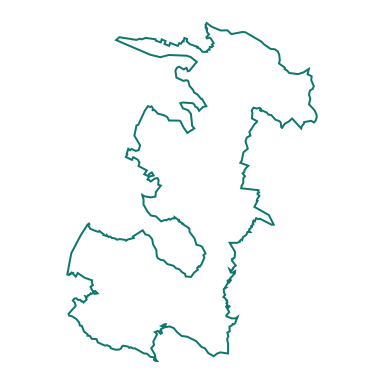 Lafragua, Puebla, Mexico (Robinson projection)
{"feature_id": "50627088B76215411073468", "entity_name": "Lafragua", "entity_type": "district", "adm_level": 2, "iso_a3": "MEX", "parent_name": "Mexico", "parent_adm1": "Puebla", "projection": "robinson", "projection_center": [-97.292, 19.284], "detail": "fine", "context": "isolated", "style": "outline", "palette": "teal", "viewbox_px": 384, "rotation_deg": 0, "n_neighbors": 0, "source": "geoboundaries", "source_scale": "gbopen_adm2", "svg_char_len": 5961}
<svg xmlns="http://www.w3.org/2000/svg" viewBox="0 0 384 384"><path d="M301.2,128.5L301.7,126.5L304.2,123.1L304.1,122.1L311.3,120.8L313.9,122.5L315.6,120.7L316.7,117.3L316.6,115.0L314.7,110.5L309.0,104.3L310.3,98.7L309.0,94.7L309.4,92.5L310.3,90.2L312.7,88.9L313.8,86.1L311.2,80.0L311.7,76.3L307.6,74.3L308.8,68.9L303.5,72.4L298.0,74.1L289.3,73.0L286.9,70.4L284.7,69.2L285.1,68.1L284.0,67.0L279.0,63.5L279.8,60.2L279.2,54.7L277.8,51.4L274.9,49.3L270.6,48.9L263.8,44.2L261.7,41.8L245.5,32.3L242.4,32.0L231.4,34.1L227.4,30.3L220.7,30.5L211.6,26.7L206.7,23.0L205.5,24.9L205.9,25.8L204.9,25.9L206.0,26.2L205.7,27.9L207.1,28.4L207.0,30.1L206.6,29.9L207.3,32.5L209.0,34.3L206.4,37.2L207.0,38.4L209.4,37.6L210.8,38.5L213.7,43.2L211.9,44.7L212.9,46.1L211.8,47.2L209.8,47.0L209.5,49.7L208.6,49.4L207.0,50.9L207.2,51.8L204.6,51.9L202.5,51.8L199.8,48.6L197.1,47.6L197.6,46.8L189.9,44.2L186.7,41.3L187.1,39.0L184.4,38.0L183.6,41.3L182.9,40.9L181.0,43.7L179.3,43.1L177.8,45.9L170.2,42.9L169.1,45.8L164.5,44.0L165.6,41.1L161.7,39.4L160.7,42.4L155.7,40.6L155.6,39.3L145.7,37.9L141.5,39.4L140.0,38.7L136.4,39.9L119.3,37.2L116.1,40.1L150.4,54.8L160.4,57.2L168.9,55.0L186.6,55.7L190.8,57.1L196.8,61.8L189.4,70.8L187.9,71.3L186.5,67.9L183.6,69.4L179.2,66.7L176.9,67.8L175.4,70.8L176.4,77.6L183.5,80.9L186.0,80.2L188.1,80.7L189.6,86.0L193.1,90.0L194.0,92.4L197.3,94.4L201.1,98.9L201.9,98.8L206.3,106.2L202.9,107.0L199.1,110.8L197.5,107.8L195.1,106.5L194.3,104.5L192.7,103.2L182.6,102.5L180.3,103.2L183.0,108.4L188.1,110.2L190.9,113.8L192.2,125.9L194.3,128.5L187.3,132.9L183.3,127.1L180.6,121.3L179.1,120.6L169.0,120.5L167.3,117.1L163.7,115.1L158.1,113.8L154.1,109.7L152.7,110.1L152.7,108.0L151.5,106.4L150.0,107.0L148.0,106.1L144.9,110.5L138.3,124.8L136.5,125.4L134.4,135.6L140.1,145.4L138.6,150.2L135.7,150.9L131.6,149.0L130.1,150.2L128.3,148.8L126.7,153.9L127.3,154.3L125.9,157.0L131.9,159.9L133.3,157.2L137.8,159.7L139.5,162.6L138.5,166.0L146.8,170.4L144.2,174.2L148.0,176.0L149.2,174.1L151.8,172.4L153.6,175.5L149.2,176.6L147.5,179.5L147.9,179.8L148.3,179.3L150.7,181.5L154.5,178.7L157.4,178.1L158.6,180.0L158.2,184.7L160.8,185.6L155.9,192.0L155.4,196.6L150.8,197.4L144.8,196.4L142.3,195.0L143.6,199.8L143.5,204.6L147.6,211.8L150.9,215.5L156.0,216.4L161.0,221.3L165.2,219.9L166.4,220.3L168.9,218.8L170.3,219.7L172.6,218.3L174.7,218.3L174.6,217.2L178.8,220.1L180.1,219.7L178.4,220.3L178.8,221.4L181.9,222.9L182.0,223.7L183.3,223.8L183.5,224.6L189.3,228.4L189.6,232.0L194.6,238.5L196.5,244.8L200.2,245.7L202.2,247.0L205.5,253.5L203.3,255.3L204.4,257.5L201.5,264.2L199.7,266.8L198.7,266.2L197.1,268.0L197.9,269.7L194.1,272.6L191.1,276.9L185.7,276.5L185.0,273.8L182.3,272.4L179.3,269.3L176.0,268.3L173.6,265.8L167.4,264.1L163.7,260.3L160.8,259.9L157.7,258.1L156.8,256.1L156.3,250.0L153.1,244.4L152.2,239.3L149.3,235.6L145.3,234.3L142.7,230.3L132.9,236.5L133.8,238.0L127.8,239.5L126.0,240.7L125.4,239.9L119.9,239.1L117.0,239.7L115.1,238.5L111.7,237.9L110.0,236.5L108.5,237.0L106.7,235.0L106.3,235.9L103.5,235.0L103.8,234.4L99.4,231.0L98.9,231.7L97.3,231.6L90.4,228.9L88.3,225.5L89.4,224.2L89.0,223.6L87.5,224.7L80.7,235.3L71.3,253.2L67.3,274.5L69.0,275.0L69.8,273.8L70.6,274.1L71.5,272.5L73.1,273.0L72.8,273.6L75.8,276.6L77.7,273.0L84.5,277.7L92.0,280.3L91.8,282.7L92.9,285.1L90.5,286.8L92.7,291.2L95.4,291.1L97.6,293.4L94.5,293.9L93.9,292.8L91.2,293.9L90.6,293.4L89.2,295.1L88.3,295.0L87.4,296.7L85.3,296.2L86.7,299.4L83.6,302.5L82.6,301.4L81.5,301.5L80.3,299.8L78.2,300.0L76.5,298.4L74.4,298.5L72.8,300.5L74.8,302.6L75.7,305.8L68.6,313.9L69.1,315.6L72.1,316.3L76.4,319.1L79.1,322.4L79.8,325.5L81.9,325.9L84.0,331.6L87.7,334.4L87.5,335.7L89.9,335.9L91.8,338.8L96.5,339.1L97.8,342.4L104.9,345.6L107.1,345.2L110.3,346.7L110.7,348.2L115.5,349.7L119.2,349.6L121.2,348.4L121.7,346.8L123.2,345.7L127.8,346.5L129.3,347.9L130.8,347.2L132.9,348.4L135.1,348.4L143.9,353.4L146.9,353.7L150.2,356.7L154.3,357.4L154.0,359.9L156.0,361.0L157.1,361.0L155.6,359.2L154.9,354.7L151.2,348.2L154.0,345.0L153.3,341.6L157.1,334.2L154.9,332.1L157.9,330.9L160.6,333.8L162.0,332.9L161.0,330.2L160.4,330.6L160.8,329.2L164.6,327.4L161.3,326.0L164.6,324.2L165.8,324.2L165.1,325.9L166.1,327.0L169.8,326.5L173.8,328.1L177.0,332.1L181.7,336.0L187.3,336.7L196.1,341.1L201.6,347.0L204.9,348.3L208.3,353.1L213.8,356.2L217.0,353.6L220.2,352.4L228.1,353.5L228.1,344.1L227.1,339.1L228.3,336.3L227.4,332.6L229.7,331.4L229.4,326.6L231.8,325.5L232.6,324.0L233.6,324.4L235.1,323.3L237.5,316.9L235.5,318.4L231.8,318.4L226.5,316.3L226.3,315.4L229.2,312.1L227.3,308.6L230.2,305.8L226.7,307.6L226.1,306.5L227.5,305.0L226.4,303.2L227.3,302.6L227.1,300.4L226.4,300.5L225.4,298.5L223.4,297.0L225.2,294.8L224.0,292.6L223.8,289.0L226.2,287.6L225.2,287.3L227.9,282.9L227.6,280.6L228.9,280.1L228.4,282.1L229.0,282.6L230.9,280.2L229.9,278.7L234.8,273.4L235.1,271.2L233.5,272.1L233.9,272.8L230.8,272.5L229.5,269.3L231.3,270.7L233.2,268.7L233.1,267.8L235.8,265.6L231.9,260.6L232.6,259.5L232.1,259.0L234.6,257.6L235.1,252.0L229.7,242.8L237.2,242.8L239.9,241.7L239.8,241.0L239.2,241.4L241.6,239.3L242.2,239.9L243.0,237.1L246.4,234.8L247.4,232.0L250.2,232.0L249.0,230.7L249.5,228.9L250.4,228.7L251.3,226.1L252.1,226.5L252.8,223.4L253.3,223.7L253.1,221.6L253.6,220.5L254.9,221.3L256.1,218.2L258.2,219.1L259.9,218.7L271.8,224.8L273.7,224.6L268.8,215.0L254.4,206.9L257.5,200.9L256.8,200.7L257.3,198.9L259.4,195.8L257.5,194.1L257.6,193.2L259.0,192.5L258.3,191.5L258.6,190.2L241.2,188.3L241.6,185.9L243.2,183.1L243.4,177.8L245.0,176.2L242.6,173.4L244.4,171.9L244.4,170.5L245.7,168.4L248.3,165.8L240.3,162.8L241.8,160.6L243.4,152.3L247.8,148.7L245.5,141.3L246.8,137.5L250.4,135.6L249.4,132.0L254.4,124.3L256.8,122.1L256.9,121.1L251.9,118.4L252.4,112.7L251.7,110.5L253.5,107.7L256.8,108.6L259.4,107.8L260.7,108.7L260.0,110.3L261.2,111.1L261.7,110.3L266.8,112.6L268.3,114.5L271.3,115.1L275.4,119.7L279.6,121.2L280.7,122.6L281.3,127.3L282.0,127.9L284.7,123.8L288.7,121.6L292.1,118.5L301.2,128.5Z" fill="none" stroke="#0f766e" stroke-width="2"/></svg>